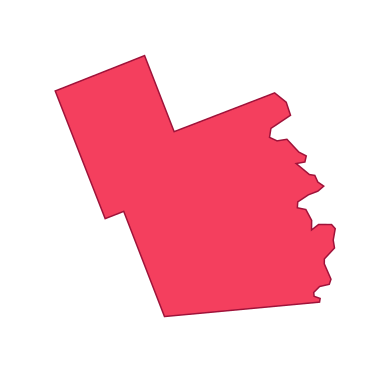 Hill, Texas, United States of America (orthographic projection), rotated 189°
{"feature_id": "52423323B5018647072048", "entity_name": "Hill", "entity_type": "district", "adm_level": 2, "iso_a3": "USA", "parent_name": "United States of America", "parent_adm1": "Texas", "projection": "orthographic", "projection_center": [-97.333, 31.987], "detail": "fine", "context": "isolated", "style": "filled", "palette": "rose", "viewbox_px": 384, "rotation_deg": 189, "n_neighbors": 0, "source": "geoboundaries", "source_scale": "gbopen_adm2", "svg_char_len": 657}
<svg xmlns="http://www.w3.org/2000/svg" viewBox="0 0 384 384"><g transform="rotate(189 192 192)"><path d="M260.2,319.3L342.9,270.4L273.6,152.1L256.4,162.2L199.7,64.7L48.8,103.2L48.8,106.9L55.1,108.1L56.1,111.8L51.2,118.6L42.0,122.3L41.1,127.6L50.1,141.7L50.8,146.6L42.5,159.0L45.0,166.6L44.8,178.2L49.1,181.7L61.9,179.7L68.0,173.2L69.4,182.7L76.8,192.5L85.5,192.9L86.0,198.8L76.5,207.5L67.7,212.6L62.8,218.4L69.3,221.5L73.3,227.6L78.8,227.6L93.6,236.4L85.2,239.3L84.8,245.5L92.7,248.1L106.5,258.9L116.0,255.8L124.0,258.1L124.0,267.2L106.7,283.2L113.0,295.4L125.9,302.8L219.1,248.8L260.2,319.3Z" fill="#f43f5e" stroke="#9f1239" stroke-width="1.5"/></g></svg>